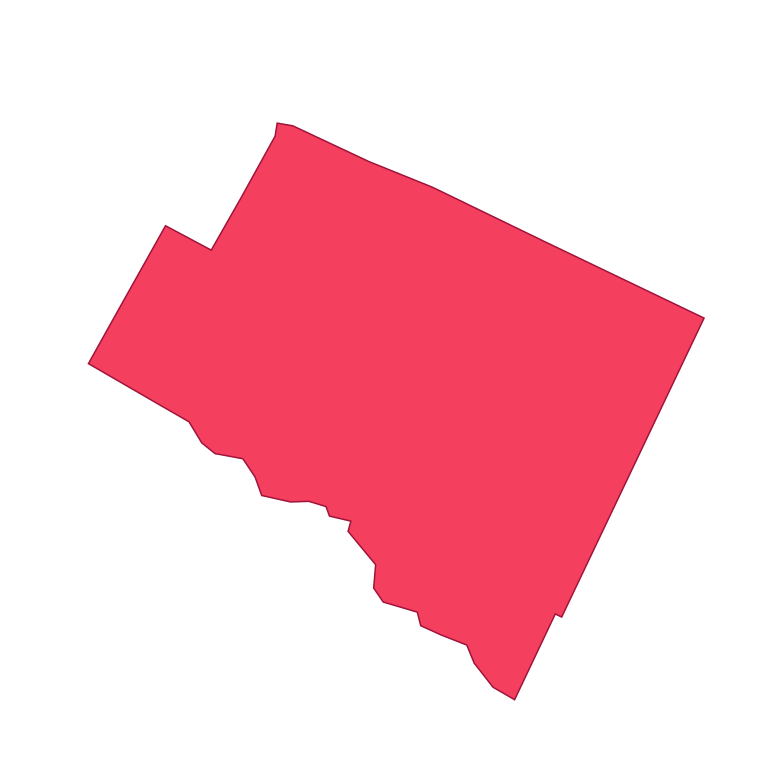 Chenango, New York, United States of America (Albers equal-area conic projection), rotated 119°
{"feature_id": "52423323B14203500513931", "entity_name": "Chenango", "entity_type": "district", "adm_level": 2, "iso_a3": "USA", "parent_name": "United States of America", "parent_adm1": "New York", "projection": "albers", "projection_center": [-75.501, 42.47], "detail": "fine", "context": "isolated", "style": "filled", "palette": "rose", "viewbox_px": 768, "rotation_deg": 119, "n_neighbors": 0, "source": "geoboundaries", "source_scale": "gbopen_adm2", "svg_char_len": 627}
<svg xmlns="http://www.w3.org/2000/svg" viewBox="0 0 768 768"><g transform="rotate(119 384 384)"><path d="M188.4,436.6L196.8,505.3L202.4,588.9L207.6,603.9L220.0,599.4L290.1,599.3L350.7,600.0L351.5,651.8L462.4,652.3L509.5,652.4L511.1,567.9L511.6,536.2L523.9,514.8L526.8,498.0L517.8,471.2L527.9,451.6L540.8,436.9L532.5,408.6L523.1,392.9L519.3,375.3L526.0,367.6L520.0,346.5L530.3,344.0L546.1,303.7L567.5,294.1L575.1,278.9L567.4,244.3L577.6,234.7L575.8,212.0L572.2,185.0L584.4,169.8L596.4,141.5L596.8,116.7L502.1,122.7L501.7,115.6L171.2,136.0L181.6,312.7L188.4,436.6Z" fill="#f43f5e" stroke="#9f1239" stroke-width="1.5"/></g></svg>